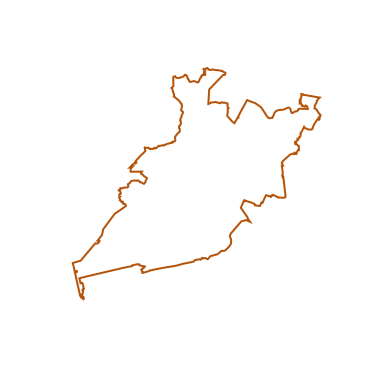 the district of Nopala de Villagrán, Hidalgo, Mexico, rotated 304°
{"feature_id": "50627088B98943625102678", "entity_name": "Nopala de Villagrán", "entity_type": "district", "adm_level": 2, "iso_a3": "MEX", "parent_name": "Mexico", "parent_adm1": "Hidalgo", "projection": "orthographic", "projection_center": [-99.653, 20.233], "detail": "fine", "context": "isolated", "style": "outline", "palette": "amber", "viewbox_px": 384, "rotation_deg": 304, "n_neighbors": 0, "source": "geoboundaries", "source_scale": "gbopen_adm2", "svg_char_len": 6097}
<svg xmlns="http://www.w3.org/2000/svg" viewBox="0 0 384 384"><g transform="rotate(304 192 192)"><path d="M341.7,245.1L335.4,231.1L335.0,230.5L334.9,229.1L334.4,229.1L334.9,229.0L334.4,227.9L333.7,228.6L333.1,228.8L333.1,229.1L331.1,229.7L328.5,229.9L326.6,231.1L328.2,231.1L327.2,231.7L326.6,232.8L326.0,233.1L325.7,234.6L325.2,234.4L324.9,234.7L325.6,237.2L326.0,237.2L327.1,239.0L327.2,238.9L327.2,239.9L325.6,241.6L325.1,241.2L324.3,239.2L323.2,237.9L321.0,234.2L320.2,234.0L319.5,234.2L319.3,233.9L318.7,234.1L317.9,234.0L317.4,233.7L316.3,232.3L314.5,231.6L313.6,231.1L313.4,230.4L313.5,229.9L315.8,227.1L316.1,226.3L316.2,225.4L315.8,224.6L311.3,221.7L308.6,218.2L306.7,216.8L305.8,216.4L303.9,216.1L299.6,217.0L298.3,217.1L298.2,216.5L297.6,216.2L296.3,214.8L296.2,213.9L296.6,212.1L300.9,201.9L301.0,194.3L300.0,191.1L299.1,186.3L283.4,187.7L281.1,188.1L279.7,188.8L279.6,188.2L272.8,188.7L272.9,185.9L274.8,178.6L278.4,176.9L280.2,175.5L281.3,175.6L282.0,175.4L281.9,174.3L284.9,172.4L285.3,171.6L284.6,170.7L284.3,169.0L283.5,168.1L283.0,166.4L281.3,165.7L280.8,164.0L280.2,163.0L280.2,162.1L279.9,161.3L277.5,158.7L276.9,157.7L276.1,157.6L274.9,157.0L274.1,156.3L286.7,148.9L306.4,152.4L307.8,153.8L308.2,153.8L309.6,152.9L309.2,151.2L309.2,149.0L308.9,148.6L308.8,148.8L308.1,146.6L305.5,141.7L305.0,140.4L303.7,139.4L303.0,138.0L302.7,137.0L303.3,136.4L303.3,135.2L301.1,134.0L300.5,132.7L300.3,132.7L300.2,134.7L298.6,134.6L298.7,135.8L298.3,135.8L297.9,135.1L296.1,135.7L296.9,137.2L296.3,137.3L294.8,135.2L294.1,134.9L293.8,135.3L292.6,135.1L292.0,135.4L291.3,135.4L290.4,135.1L288.0,135.8L286.5,135.8L286.1,135.6L285.0,131.5L282.1,128.9L282.4,127.6L282.7,127.4L283.3,126.4L283.4,125.5L283.9,125.1L284.0,124.3L284.9,123.7L285.7,121.7L285.6,121.2L285.3,120.7L283.0,120.3L279.8,118.0L278.5,116.5L278.4,115.9L278.0,115.2L278.0,114.1L278.5,113.4L277.2,112.0L277.3,111.8L269.3,117.4L266.8,116.8L266.8,117.7L266.3,118.3L265.3,119.0L265.2,119.6L264.0,120.8L263.3,122.1L262.8,122.6L261.1,123.4L260.9,123.7L261.1,124.8L260.7,126.4L260.9,127.5L260.5,128.9L260.3,130.9L259.5,132.5L259.2,134.1L258.4,134.7L258.3,135.3L257.4,135.9L255.8,136.3L253.6,137.4L253.4,139.5L253.1,140.1L249.7,140.6L248.8,141.2L246.5,141.4L244.5,142.4L244.5,143.0L242.4,144.6L241.5,144.6L240.1,145.0L239.2,144.5L238.9,144.6L237.5,145.7L237.4,146.5L237.0,147.0L235.0,148.1L231.2,147.1L230.2,147.3L228.5,147.1L227.1,147.8L226.7,148.4L225.5,149.2L224.7,149.4L223.4,148.8L223.0,147.9L222.3,148.1L222.0,147.5L221.3,147.7L221.1,147.2L217.6,144.2L216.4,143.6L216.0,143.0L214.9,142.8L214.5,142.0L214.4,141.4L213.6,141.0L212.9,140.1L211.9,139.4L211.7,138.6L208.3,137.8L207.7,137.1L207.8,136.4L207.2,136.4L207.1,136.0L205.9,135.5L205.0,134.0L204.5,133.8L204.0,132.9L204.3,132.2L204.3,131.0L203.6,130.5L202.5,128.0L201.3,128.8L200.0,130.4L197.1,129.9L194.7,129.3L186.7,128.1L185.5,128.0L185.5,129.2L185.1,129.5L184.5,128.7L184.0,129.0L183.2,128.0L181.6,127.4L177.8,126.8L179.7,128.5L178.1,128.2L177.2,128.3L176.0,128.7L174.5,129.8L180.9,139.1L179.1,139.1L178.7,139.5L178.9,141.1L178.4,142.7L178.3,146.9L173.4,147.8L171.9,147.6L171.6,145.9L171.8,145.0L171.0,143.4L171.3,143.1L171.6,142.0L171.4,140.8L170.9,140.1L170.5,140.1L169.6,138.1L167.4,135.8L166.8,135.4L164.0,135.4L163.3,134.7L162.5,134.5L161.2,136.0L160.5,136.2L159.7,135.9L159.3,135.6L158.3,133.9L156.7,132.4L155.7,131.9L155.3,130.6L154.5,131.0L153.9,130.6L153.4,130.6L152.8,130.2L152.5,130.2L152.3,130.8L152.5,132.0L151.9,133.0L150.7,133.9L150.3,133.8L150.1,133.2L149.7,133.1L148.7,133.5L147.9,134.2L148.0,134.9L146.9,134.5L145.8,136.0L145.3,137.2L144.8,137.1L144.8,138.2L144.3,139.0L144.5,139.3L145.1,139.5L145.2,140.3L145.0,140.5L144.2,140.5L144.0,140.9L143.8,142.0L144.6,142.9L144.5,143.6L143.5,145.1L130.6,140.1L121.2,139.7L111.7,139.2L106.0,141.4L98.9,140.9L99.2,141.3L99.2,141.9L99.8,142.1L99.9,142.6L98.8,143.0L96.3,142.4L95.9,141.7L95.4,141.1L95.3,140.5L72.8,138.1L66.5,132.9L60.6,139.2L62.1,140.7L61.6,141.3L61.2,141.2L59.6,140.2L43.5,157.2L42.7,159.2L42.3,162.8L42.7,161.3L43.4,161.8L44.1,161.0L44.3,160.6L43.7,159.9L44.2,160.0L45.6,157.9L46.7,158.2L49.5,156.8L50.8,156.5L50.2,155.9L51.8,155.9L54.2,153.4L55.3,152.0L54.0,150.7L57.5,146.9L63.1,151.9L91.5,178.2L97.1,183.8L97.8,183.5L101.8,187.3L101.7,188.0L102.5,188.8L102.0,189.4L102.2,190.4L103.9,194.6L103.3,194.7L101.2,193.9L100.9,193.8L100.9,194.0L99.1,193.4L98.5,194.7L97.4,195.8L98.1,196.2L97.7,196.7L102.3,200.5L103.3,201.1L103.5,201.0L104.3,202.0L106.3,203.8L113.0,210.5L122.0,220.0L128.0,225.2L133.4,230.6L135.5,232.4L137.2,232.5L139.7,235.1L140.0,235.2L140.4,235.8L140.5,236.7L141.3,237.2L142.5,237.0L143.1,237.3L143.0,238.4L143.5,238.6L144.7,239.9L145.0,242.5L146.2,242.9L148.9,243.0L154.6,247.9L159.8,249.4L160.7,251.0L161.7,251.9L163.1,252.5L167.6,253.3L170.6,253.3L174.0,251.4L176.7,247.9L178.0,247.7L179.0,247.4L190.5,248.7L195.2,249.3L195.6,249.5L199.0,252.7L199.7,256.8L201.1,253.2L202.1,252.1L206.2,241.3L212.1,240.2L212.7,240.2L213.4,240.7L213.6,239.9L214.5,239.9L215.4,244.1L215.9,244.9L217.1,250.6L216.1,251.6L218.5,256.2L222.2,255.5L222.4,256.5L230.7,255.1L231.4,257.4L232.1,258.7L231.8,259.8L232.2,260.2L233.7,260.0L234.0,260.8L234.9,260.7L235.3,262.8L235.6,266.6L236.0,266.8L238.4,271.2L239.6,272.2L240.7,272.0L255.2,259.6L254.8,259.2L256.1,258.5L255.9,257.7L258.8,256.5L264.1,251.7L264.8,252.7L266.4,250.1L268.8,250.1L277.5,252.3L279.7,253.5L280.2,254.9L281.4,256.7L281.0,254.9L282.2,255.2L282.1,257.2L283.2,256.8L286.3,256.4L286.5,257.1L289.7,255.1L290.1,251.8L289.7,251.4L289.6,250.7L290.7,249.9L290.7,249.6L291.0,249.5L291.4,250.6L292.0,250.1L292.7,250.0L293.8,250.5L294.6,250.0L294.5,250.7L297.4,250.3L297.4,250.7L298.7,250.7L300.5,249.9L300.3,249.8L301.2,249.1L304.1,249.1L308.6,248.5L308.1,249.3L308.2,250.3L308.7,251.5L308.8,253.1L309.0,253.8L310.6,256.1L311.7,256.6L313.0,256.0L316.9,255.4L322.4,255.4L322.8,256.4L323.1,256.2L323.0,257.0L323.4,257.1L323.9,256.4L325.1,256.3L324.8,255.5L327.6,255.7L328.1,253.4L329.8,249.4L330.1,249.2L329.9,246.8L330.4,246.8L332.3,245.4L335.8,245.3L337.2,244.6L339.0,244.5L341.7,245.1Z" fill="none" stroke="#b45309" stroke-width="2"/></g></svg>